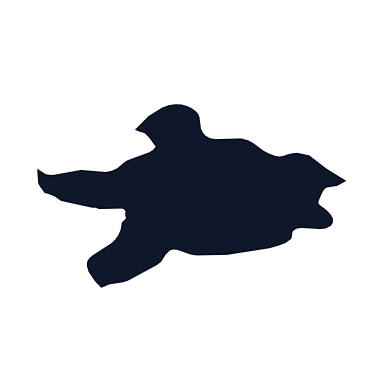 map outline of Hòa Bình (orthographic projection), rotated 324°
{"feature_id": "VNM-459", "entity_name": "Hòa Bình", "entity_type": "Province", "adm_level": 1, "iso_a3": "VNM", "parent_name": "Vietnam", "parent_adm1": "", "projection": "orthographic", "projection_center": [105.329, 20.711], "detail": "fine", "context": "isolated", "style": "filled", "palette": "ink", "viewbox_px": 384, "rotation_deg": 324, "n_neighbors": 0, "source": "natural_earth", "source_scale": "10m", "svg_char_len": 1499}
<svg xmlns="http://www.w3.org/2000/svg" viewBox="0 0 384 384"><g transform="rotate(324 192 192)"><path d="M322.2,272.8L313.2,271.6L303.8,266.8L300.9,266.8L297.7,267.8L289.0,272.8L287.1,274.6L286.7,276.3L287.2,278.7L288.6,282.8L289.7,287.4L290.2,292.2L289.6,296.2L287.5,299.0L284.3,300.2L278.9,299.3L274.1,296.5L260.0,284.9L255.9,282.6L252.4,282.1L249.8,282.4L244.6,287.5L237.8,287.4L231.3,285.7L221.9,282.3L183.8,262.8L159.0,245.5L154.8,241.4L146.5,229.4L143.2,226.7L139.5,225.5L133.6,226.4L126.0,229.5L121.0,229.7L87.9,225.3L82.9,223.5L71.0,217.4L63.0,215.6L61.8,207.5L62.2,196.0L64.2,190.2L66.8,187.3L70.2,185.9L74.4,185.6L97.0,186.8L102.3,186.0L107.3,184.3L112.3,181.4L116.2,177.7L117.4,176.2L123.8,175.2L124.9,172.1L126.8,169.5L127.9,169.0L127.4,165.4L126.3,163.8L107.4,150.7L105.0,147.1L103.0,146.0L81.5,121.9L79.0,114.6L75.9,109.5L72.9,105.6L73.1,101.1L72.9,99.1L73.4,94.8L80.3,83.8L83.3,91.8L85.3,94.0L89.0,97.1L114.8,109.6L133.7,125.9L139.7,128.5L145.2,129.6L154.2,129.0L158.5,129.2L180.6,135.5L185.7,135.8L190.0,134.6L190.1,124.1L189.3,117.2L187.6,114.2L185.7,112.1L183.6,108.7L201.3,105.8L217.1,106.9L224.2,108.9L229.8,111.9L234.5,115.6L238.0,120.1L240.4,124.6L241.7,128.7L242.1,132.2L241.5,135.2L235.8,145.7L234.9,150.1L235.3,154.6L237.5,159.5L241.6,163.6L262.7,178.1L267.1,183.5L269.7,189.0L273.3,200.7L275.8,205.9L280.1,212.4L283.1,215.3L286.7,217.2L290.4,218.2L295.3,220.2L299.5,222.6L307.7,231.6L313.8,252.5L322.2,272.8Z" fill="#0f172a" stroke="#020617" stroke-width="1.5"/></g></svg>